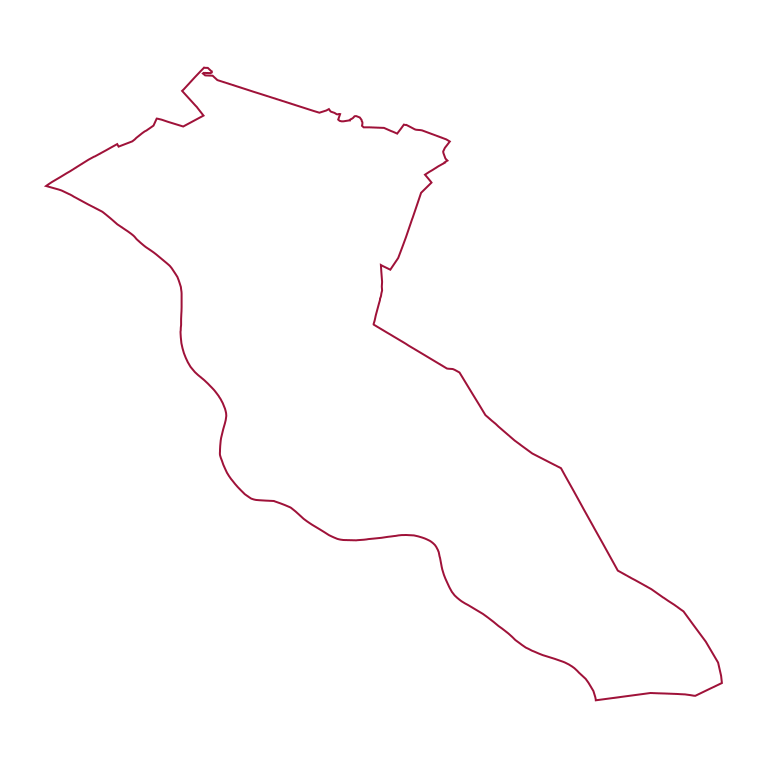 Bergen (L), Limburg, Netherlands
{"feature_id": "6326949B45872879397854", "entity_name": "Bergen (L)", "entity_type": "district", "adm_level": 2, "iso_a3": "NLD", "parent_name": "Netherlands", "parent_adm1": "Limburg", "projection": "natural_earth1", "projection_center": [6.089, 51.59], "detail": "fine", "context": "isolated", "style": "outline", "palette": "rose", "viewbox_px": 768, "rotation_deg": 0, "n_neighbors": 0, "source": "geoboundaries", "source_scale": "gbopen_adm2", "svg_char_len": 5982}
<svg xmlns="http://www.w3.org/2000/svg" viewBox="0 0 768 768"><path d="M595.8,700.3L650.5,693.0L658.1,693.3L664.6,693.5L677.7,694.0L680.8,694.2L685.2,694.4L685.7,694.5L690.2,695.1L693.8,695.7L695.3,695.8L709.6,688.9L721.9,683.0L721.1,675.8L718.1,662.6L705.8,641.7L692.7,624.0L683.5,611.4L680.8,609.5L674.3,604.8L668.1,600.8L663.6,597.7L663.3,597.6L651.4,589.2L639.6,582.6L634.9,580.0L632.0,578.5L617.8,570.6L602.7,543.3L593.9,527.6L593.7,527.2L583.5,508.9L583.4,508.7L581.5,505.2L573.4,490.5L565.0,475.5L561.0,468.2L550.6,462.9L532.3,453.5L522.7,446.5L514.6,440.5L504.4,431.7L498.5,426.6L495.8,424.0L491.8,420.7L485.4,415.1L479.5,405.3L472.5,393.9L459.5,372.5L454.8,369.9L453.2,369.2L452.5,369.0L448.0,368.7L446.9,368.5L418.7,351.6L408.6,345.6L405.7,343.7L393.6,336.5L390.8,334.8L387.2,332.7L377.0,326.6L373.7,324.6L373.6,324.3L373.6,324.1L374.6,320.7L375.2,318.1L375.5,316.6L375.9,314.9L379.0,303.4L379.7,301.0L380.0,299.9L380.0,298.8L380.7,297.0L381.0,296.0L381.4,293.3L382.1,290.5L381.8,286.6L381.9,285.0L382.1,281.9L381.3,271.3L380.9,265.0L382.5,265.9L390.3,269.7L398.2,258.0L402.5,246.6L402.7,246.0L402.8,245.8L406.0,237.1L412.3,218.6L412.5,218.2L415.5,209.4L418.0,202.0L418.4,200.8L421.1,192.8L431.5,182.6L431.0,181.9L428.4,178.7L425.0,174.7L429.1,172.0L432.2,170.2L438.5,166.2L444.8,162.7L444.6,162.4L447.2,160.7L447.4,160.6L446.3,159.5L445.5,158.6L445.3,158.2L443.5,153.3L443.2,151.9L443.2,151.5L443.3,151.2L443.7,150.4L444.6,148.4L445.0,147.7L446.9,145.3L449.8,141.5L446.3,139.4L422.1,130.4L420.3,130.1L416.7,129.8L415.9,129.7L415.4,129.5L414.9,129.4L410.6,127.1L406.3,124.9L405.4,125.0L403.9,124.6L400.7,129.0L397.7,132.9L397.2,133.6L393.1,131.8L391.0,131.0L384.0,127.9L368.5,127.3L366.7,127.3L364.8,127.3L364.0,127.3L363.6,127.3L363.5,127.2L362.0,125.8L362.4,123.9L362.4,122.3L362.1,121.6L361.8,121.2L361.6,120.0L359.8,117.5L356.3,116.1L355.1,116.1L354.4,116.4L353.2,117.8L351.5,119.0L351.0,119.1L350.2,119.6L350.2,120.0L349.9,120.5L349.1,120.3L348.6,120.5L347.4,120.7L345.4,121.0L344.9,121.1L343.5,121.3L341.5,121.3L339.8,120.9L339.1,120.4L338.2,119.6L340.1,114.1L339.7,114.0L339.1,114.0L337.8,114.3L337.2,114.3L336.6,114.2L335.2,113.3L334.3,112.8L331.3,111.8L330.7,111.5L330.3,111.1L328.9,109.1L327.6,109.8L326.3,110.5L319.4,112.7L317.4,112.1L314.1,111.1L309.7,109.7L303.5,107.7L265.7,95.6L260.7,94.0L254.0,91.9L245.7,89.2L217.4,80.1L212.6,75.7L205.2,75.4L202.9,73.5L203.6,72.9L210.7,73.1L211.1,72.8L211.2,72.7L211.8,72.4L211.8,71.4L211.2,71.1L207.8,67.9L204.1,67.8L204.0,67.7L200.7,71.1L194.9,77.2L193.6,78.6L184.8,88.2L183.9,89.2L182.1,90.9L185.1,94.2L195.1,105.2L197.1,107.3L197.2,107.5L197.8,108.3L199.9,111.0L203.5,115.6L183.2,126.5L167.9,121.8L161.7,119.7L157.6,118.7L156.7,118.6L153.5,125.6L149.8,128.2L147.6,129.7L146.5,130.5L144.7,131.4L142.3,133.1L136.4,137.8L134.7,139.5L132.6,141.1L132.4,141.3L130.1,142.2L118.6,146.6L117.2,144.1L112.5,146.7L111.4,147.3L105.9,150.4L94.7,156.5L94.0,156.7L88.5,159.7L77.3,166.7L70.2,171.2L66.7,173.2L60.3,177.1L53.0,181.4L52.0,182.0L51.8,182.1L47.9,184.7L46.1,186.0L53.9,188.2L57.5,189.2L58.6,189.5L61.0,190.3L61.8,190.6L66.8,193.0L69.1,194.1L70.3,194.6L71.5,195.3L72.3,195.7L73.5,196.5L88.3,204.5L101.5,211.3L102.4,211.8L103.7,212.8L105.2,214.0L110.8,218.6L117.3,224.3L123.7,228.6L125.6,229.9L126.7,230.6L128.3,231.7L131.3,233.9L133.4,235.6L134.1,236.3L134.7,236.9L136.6,239.2L140.6,242.8L143.8,245.5L145.7,247.0L151.6,251.0L153.6,252.4L156.2,254.4L157.4,255.4L164.0,260.9L166.9,263.3L169.3,265.4L170.0,266.1L171.7,268.2L175.6,274.1L177.3,276.8L177.5,277.1L177.6,277.5L178.7,280.3L179.6,283.0L180.9,287.1L181.0,288.3L181.5,291.9L181.6,293.5L181.6,296.9L181.6,299.9L181.6,307.2L181.5,311.1L181.3,314.5L181.1,319.0L181.1,321.2L181.1,325.0L180.8,327.7L180.7,330.5L180.5,331.8L180.6,334.1L180.8,337.3L181.4,343.2L182.5,348.2L183.9,353.1L185.7,357.7L187.8,362.2L190.5,366.8L191.8,368.4L194.9,372.1L197.9,374.9L204.3,380.2L206.2,382.0L208.0,383.7L210.2,386.0L211.6,387.4L213.4,389.3L214.3,390.3L215.1,391.3L216.8,393.5L218.8,396.2L219.4,397.3L220.2,398.4L221.1,400.0L221.7,401.2L222.6,402.8L223.1,404.0L223.9,406.0L225.0,408.7L225.6,410.9L226.1,413.2L226.3,415.9L225.7,420.1L224.9,423.4L223.2,429.3L221.8,435.1L221.1,438.0L220.7,440.6L220.2,446.0L220.0,449.9L220.0,451.1L219.9,453.0L219.9,454.1L220.0,455.0L220.2,455.8L220.8,457.8L222.0,460.9L223.3,464.7L224.9,468.3L226.1,470.9L227.2,473.2L227.4,473.4L228.9,475.9L231.0,478.9L232.8,481.1L235.0,483.9L237.7,487.0L240.7,490.1L244.8,494.2L248.5,496.8L250.3,498.0L250.7,498.3L251.5,498.7L252.1,498.9L253.6,499.4L255.3,499.8L256.5,500.0L258.1,500.1L259.0,500.2L265.6,500.6L274.0,501.0L274.3,501.2L280.8,503.5L284.7,505.0L290.1,507.3L291.0,507.8L295.6,511.5L303.6,518.8L307.1,521.4L309.9,523.3L312.2,524.8L320.2,529.6L320.5,529.8L324.4,532.2L328.6,534.9L329.1,535.2L331.6,536.4L333.8,537.4L337.4,538.9L337.8,539.0L339.0,539.3L339.9,539.5L341.0,539.7L342.0,539.8L343.1,540.0L355.3,540.3L356.4,540.3L357.1,540.2L364.1,539.7L366.6,539.4L368.3,539.1L374.6,538.5L381.5,537.8L388.1,536.8L390.8,536.5L394.6,536.0L395.7,535.9L398.5,535.4L401.5,535.1L406.1,535.0L413.9,535.4L418.3,536.4L422.0,537.5L424.6,538.4L426.7,539.3L429.8,540.8L431.3,541.8L432.2,542.5L433.4,543.5L435.0,545.1L436.3,547.0L437.6,549.5L437.8,549.8L438.4,551.4L438.7,552.0L439.6,556.5L440.0,557.8L440.3,559.3L440.7,561.5L441.8,567.4L442.0,568.1L442.2,569.2L443.9,574.8L445.3,578.4L446.6,581.3L449.0,586.5L449.7,587.9L451.9,591.9L454.4,595.1L454.5,595.3L457.5,598.1L457.8,598.3L459.6,599.8L460.4,600.4L461.6,601.3L465.0,603.4L468.0,605.0L482.9,613.9L487.3,617.1L493.7,622.0L498.5,626.0L502.0,628.5L508.4,633.5L512.4,637.1L515.3,640.0L520.2,643.6L521.9,644.9L523.5,646.0L525.8,647.6L528.4,648.8L532.0,650.7L534.3,651.6L538.9,653.6L542.7,655.1L546.9,656.4L554.6,658.8L563.2,661.8L564.9,662.5L568.9,664.5L570.3,665.4L571.8,666.3L574.3,668.1L575.4,669.1L577.1,670.7L577.5,671.1L578.9,672.6L579.2,672.9L585.7,678.9L588.5,682.8L593.4,691.0L595.3,697.2L595.7,699.2L595.8,700.3Z" fill="none" stroke="#9f1239" stroke-width="2"/></svg>